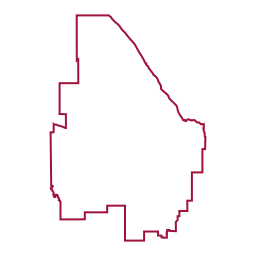 Boddington, Western Australia, Australia (Robinson projection)
{"feature_id": "25037944B46034099777028", "entity_name": "Boddington", "entity_type": "district", "adm_level": 2, "iso_a3": "AUS", "parent_name": "Australia", "parent_adm1": "Western Australia", "projection": "robinson", "projection_center": [116.4, -32.792], "detail": "fine", "context": "isolated", "style": "outline", "palette": "rose", "viewbox_px": 256, "rotation_deg": 0, "n_neighbors": 0, "source": "geoboundaries", "source_scale": "gbopen_adm2", "svg_char_len": 4545}
<svg xmlns="http://www.w3.org/2000/svg" viewBox="0 0 256 256"><path d="M76.7,15.4L76.8,60.4L77.7,59.5L78.2,59.2L78.3,83.2L74.1,83.2L59.6,83.2L59.6,111.5L59.5,114.0L65.9,114.2L65.9,128.0L64.9,127.8L61.5,126.3L58.0,125.4L56.3,124.6L56.1,124.5L55.7,124.5L54.4,124.5L54.2,124.5L53.9,124.4L53.7,124.2L53.6,132.3L50.6,132.3L51.2,185.9L51.9,186.0L52.0,185.9L52.4,185.9L52.6,185.9L52.7,186.0L52.8,186.1L52.8,186.3L52.8,186.5L52.7,186.6L52.3,186.9L52.2,187.0L52.0,187.3L51.8,187.6L51.7,188.0L51.4,188.1L51.2,188.3L51.0,188.2L50.9,188.2L50.9,188.3L50.9,188.5L50.8,188.8L50.9,189.0L51.0,189.2L51.2,189.3L51.3,189.4L51.5,189.5L51.8,189.4L51.9,189.5L52.0,189.6L52.1,189.8L52.2,190.0L52.3,190.2L52.3,190.3L52.4,190.6L52.4,190.8L52.5,191.0L52.8,191.2L53.2,191.7L53.5,192.3L53.6,192.9L53.7,193.1L53.6,193.4L53.4,193.7L53.4,193.8L53.4,194.0L53.4,194.3L53.5,194.5L53.4,194.9L53.5,195.1L53.7,195.6L53.8,195.8L54.0,196.3L54.1,196.8L54.3,197.1L54.5,197.2L54.9,197.1L55.0,197.1L55.3,196.7L55.4,196.4L55.4,196.1L55.4,195.7L55.2,195.3L55.2,195.1L55.5,194.9L55.7,194.7L55.8,194.7L56.1,194.7L56.4,194.8L56.9,194.9L57.0,194.9L57.2,195.0L57.5,195.1L57.6,195.3L57.7,195.6L57.7,195.8L57.7,196.1L57.6,196.3L57.6,196.5L58.1,197.4L58.4,198.1L58.5,198.2L58.6,198.3L58.9,198.3L59.0,198.7L59.1,199.1L59.1,199.3L59.0,199.6L59.0,199.8L59.0,200.0L59.3,200.5L59.7,200.9L59.8,200.9L59.8,201.0L59.7,201.0L60.1,201.4L60.5,201.7L60.5,207.3L60.5,219.4L69.7,219.4L78.2,219.4L84.8,219.3L84.8,212.3L94.3,212.3L107.2,212.3L107.2,205.7L125.0,205.7L125.0,240.6L144.1,240.6L144.1,231.5L158.0,231.5L158.0,235.5L160.2,235.5L161.5,235.6L161.5,237.3L163.2,237.3L163.2,237.7L164.2,237.7L164.3,237.7L166.9,237.7L166.9,235.0L166.7,235.0L166.7,232.5L167.1,232.5L167.1,230.0L169.3,230.0L169.3,230.9L172.1,231.0L175.9,231.2L175.9,228.1L175.8,222.6L175.7,222.4L176.4,221.3L177.0,220.8L177.7,219.8L177.6,216.2L179.4,216.1L179.4,215.1L179.3,211.0L187.4,211.0L187.3,209.1L187.3,200.7L191.9,200.7L191.9,172.4L202.4,172.4L202.4,149.1L205.1,149.1L205.4,137.2L205.0,137.2L204.8,136.0L204.5,132.3L203.7,131.0L203.7,129.6L203.3,128.3L203.3,128.2L203.8,128.2L203.8,125.6L203.8,124.1L203.6,124.2L203.4,124.3L203.1,124.5L202.9,124.6L202.5,124.4L202.1,124.1L201.9,124.1L201.7,124.0L201.2,124.2L200.9,124.2L200.7,124.0L200.3,123.6L200.1,123.4L199.8,123.1L199.7,123.0L199.3,122.7L199.0,122.5L198.9,122.4L198.6,122.4L198.4,122.4L198.1,122.5L197.9,122.6L197.7,122.6L197.3,122.4L197.2,122.4L196.8,122.1L196.6,121.9L196.4,121.7L196.1,121.4L195.9,121.4L195.7,121.2L195.3,120.8L195.0,120.5L194.8,120.3L194.6,120.1L194.2,120.2L193.5,120.1L193.2,120.1L192.9,120.1L192.7,120.2L192.6,120.3L192.1,120.5L191.8,120.6L191.7,120.6L191.3,120.5L191.0,120.3L190.5,119.9L190.4,119.9L190.0,119.9L189.6,119.8L189.4,119.7L189.2,119.7L188.5,119.4L188.4,119.4L188.2,119.3L187.9,119.4L187.2,119.7L187.0,119.8L186.8,120.0L186.7,120.1L186.4,120.8L186.3,121.0L186.2,121.0L185.8,121.1L185.7,121.1L185.6,120.9L185.4,120.9L185.4,120.6L185.3,120.4L185.2,120.3L185.0,120.2L184.9,120.1L184.6,119.9L184.3,120.0L184.2,120.1L184.2,120.3L183.3,120.3L182.8,119.4L182.4,118.7L179.7,114.6L179.2,113.7L178.5,112.4L178.3,111.9L178.1,111.4L178.0,111.1L177.1,107.2L176.9,106.7L176.8,106.4L176.6,106.1L176.4,105.6L176.0,105.1L175.7,104.8L170.8,100.1L170.1,99.4L169.7,98.9L169.3,98.4L169.2,98.2L169.0,97.8L168.8,97.4L168.4,96.3L168.2,95.8L168.0,95.5L167.7,95.1L167.3,94.6L166.9,94.2L162.9,90.8L162.1,90.0L161.4,89.3L161.3,89.2L161.1,88.9L161.0,88.5L161.0,88.3L160.9,88.1L160.9,87.8L161.0,87.0L161.0,86.7L161.0,86.2L160.9,85.9L159.9,83.9L159.8,83.6L159.6,83.4L159.3,83.1L159.1,82.8L158.9,82.4L158.4,81.2L157.7,79.4L157.4,78.8L156.7,77.7L156.3,77.1L156.0,76.8L155.7,76.5L155.3,76.2L154.3,75.5L154.0,75.3L153.7,75.1L153.6,74.9L153.5,74.7L153.4,74.5L153.2,74.3L153.0,73.8L152.9,73.6L151.8,72.0L149.6,69.2L149.3,68.8L149.3,68.7L149.2,68.6L148.7,68.0L148.6,67.8L148.5,67.7L148.3,67.2L148.3,66.7L147.9,66.1L147.6,65.9L146.8,65.4L146.6,65.2L146.3,64.7L146.3,64.4L146.2,64.5L144.9,62.2L144.7,61.9L143.9,60.1L143.6,59.5L141.8,56.4L141.5,55.9L139.9,53.5L139.0,51.9L138.5,51.1L137.5,49.3L136.3,47.0L135.2,45.1L135.1,44.8L134.9,44.5L132.6,41.8L131.5,40.5L130.2,39.2L128.9,37.6L126.9,35.1L125.7,33.5L124.2,31.8L124.0,31.5L123.1,30.8L122.0,29.7L121.7,29.2L120.6,27.7L120.4,27.3L120.1,26.9L119.5,26.1L119.2,25.7L117.9,24.3L117.6,24.0L116.2,23.0L115.9,22.7L115.3,22.2L114.3,21.3L114.2,21.2L113.1,19.8L112.8,19.6L112.2,19.1L112.0,18.9L111.9,18.7L111.6,18.0L111.4,17.8L111.2,17.4L111.0,17.2L110.7,16.9L109.7,16.2L108.9,15.4L76.7,15.4Z" fill="none" stroke="#9f1239" stroke-width="2"/></svg>